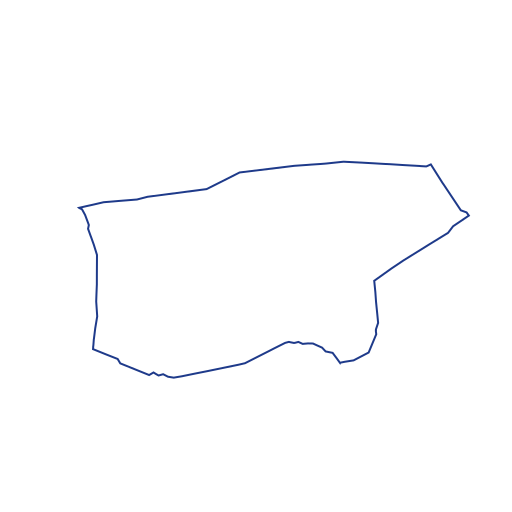 Talawdi, South Kordufan, Sudan (Robinson projection), rotated 202°
{"feature_id": "16777658B54503315646042", "entity_name": "Talawdi", "entity_type": "district", "adm_level": 2, "iso_a3": "SDN", "parent_name": "Sudan", "parent_adm1": "South Kordufan", "projection": "robinson", "projection_center": [30.424, 10.544], "detail": "fine", "context": "isolated", "style": "outline", "palette": "blue", "viewbox_px": 512, "rotation_deg": 202, "n_neighbors": 0, "source": "geoboundaries", "source_scale": "gbopen_adm2", "svg_char_len": 1767}
<svg xmlns="http://www.w3.org/2000/svg" viewBox="0 0 512 512"><g transform="rotate(202 256 256)"><path d="M73.8,373.2L77.1,375.3L83.2,375.1L109.0,392.7L109.8,393.2L110.7,393.8L128.2,406.4L129.2,405.4L130.3,404.2L131.6,402.9L131.8,402.8L136.8,401.1L138.2,400.7L153.5,395.5L166.8,391.1L171.3,389.5L182.9,385.6L192.9,382.2L210.2,376.2L225.8,367.9L230.4,365.6L238.9,361.5L242.3,359.8L254.2,354.0L302.5,327.3L305.9,323.4L316.5,311.3L326.9,299.5L378.7,270.3L387.5,263.8L403.9,255.6L410.8,252.1L417.4,248.8L426.8,242.2L432.2,238.5L435.2,236.4L438.1,234.4L437.8,234.3L434.8,234.1L432.7,232.4L429.8,230.0L427.6,227.6L424.1,223.8L422.6,222.1L421.9,218.3L416.8,212.6L416.3,212.1L410.6,205.7L403.9,197.5L403.5,196.6L396.6,179.2L392.9,170.0L389.9,161.6L387.1,153.9L385.2,150.0L380.6,140.5L379.2,134.2L378.0,128.8L375.3,118.7L375.1,117.8L373.4,112.5L372.9,110.6L372.6,109.9L372.3,108.9L372.2,108.6L368.5,108.6L359.0,108.6L357.9,108.6L345.7,108.7L341.6,105.6L339.2,105.6L338.0,105.6L324.7,105.6L310.5,105.6L307.4,109.6L304.5,109.1L301.6,108.7L297.8,111.6L292.4,111.1L286.7,112.4L282.8,114.8L280.0,116.5L279.9,116.6L279.7,116.7L278.9,117.2L278.8,117.3L268.7,124.0L257.7,131.2L232.9,147.7L231.4,148.7L227.0,151.8L226.1,152.4L216.6,163.3L212.5,168.0L208.3,172.8L204.6,177.1L196.4,186.4L193.3,188.7L192.4,188.8L188.2,189.6L187.4,190.1L187.2,190.2L184.5,192.2L179.8,192.0L175.1,194.4L170.4,196.2L166.1,196.0L160.4,195.8L155.7,193.6L152.4,194.2L148.7,194.9L144.4,192.3L143.7,191.9L138.1,188.4L138.1,188.5L134.2,191.1L126.4,195.8L115.4,208.7L115.2,228.5L116.9,231.6L116.9,232.0L117.3,232.8L117.7,239.4L117.7,239.7L121.6,247.2L127.5,258.4L131.8,267.2L137.1,277.3L125.7,295.2L117.7,307.0L99.6,331.8L86.6,349.4L84.4,357.4L73.8,373.2Z" fill="none" stroke="#1e3a8a" stroke-width="2"/></g></svg>